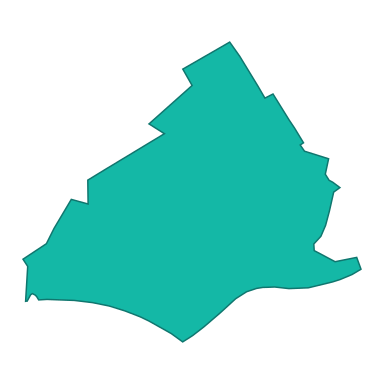 Delaware, Pennsylvania, United States of America
{"feature_id": "52423323B13183182177213", "entity_name": "Delaware", "entity_type": "district", "adm_level": 2, "iso_a3": "USA", "parent_name": "United States of America", "parent_adm1": "Pennsylvania", "projection": "orthographic", "projection_center": [-75.397, 39.934], "detail": "fine", "context": "isolated", "style": "filled", "palette": "teal", "viewbox_px": 384, "rotation_deg": 0, "n_neighbors": 0, "source": "geoboundaries", "source_scale": "gbopen_adm2", "svg_char_len": 1004}
<svg xmlns="http://www.w3.org/2000/svg" viewBox="0 0 384 384"><path d="M303.5,142.8L294.5,128.0L289.2,120.1L273.0,94.0L264.9,98.1L258.1,86.4L239.8,56.4L229.7,42.1L219.3,48.1L182.8,69.1L192.1,85.5L149.0,123.9L164.4,133.7L106.8,168.5L87.8,180.1L88.1,204.0L71.3,199.4L54.1,228.3L46.4,243.7L23.0,259.2L27.7,266.4L25.6,301.3L26.7,301.1L27.2,301.1L30.6,294.8L32.4,293.6L35.4,295.2L36.8,296.8L38.7,299.9L38.8,299.9L47.0,299.4L73.6,300.4L74.1,300.4L92.4,302.6L108.7,305.9L109.5,306.1L124.9,310.9L140.4,316.9L140.5,317.0L141.3,317.3L143.5,318.4L148.9,321.0L171.3,333.6L182.7,341.9L192.6,335.6L204.1,326.7L220.4,312.7L235.7,298.7L246.7,291.7L256.6,288.4L262.9,287.4L267.0,287.3L274.7,287.0L288.9,288.6L308.4,287.8L332.6,281.9L339.9,279.6L352.1,274.5L361.0,269.2L356.7,257.4L335.1,261.7L314.2,250.6L313.8,244.0L320.9,236.3L325.6,225.3L329.4,211.1L333.7,192.1L339.9,187.6L332.7,182.2L329.1,180.3L325.3,174.2L328.6,158.8L304.5,151.2L300.2,145.0L303.5,142.8Z" fill="#14b8a6" stroke="#0f766e" stroke-width="1.5"/></svg>